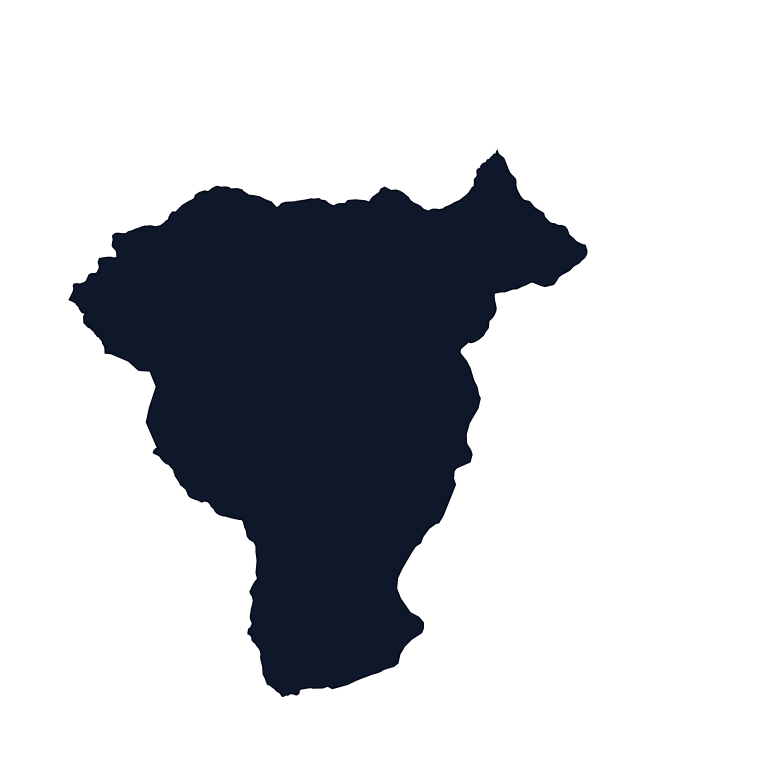 Botiza, Maramures, Romania (orthographic projection), rotated 243°
{"feature_id": "2599482B81010810269587", "entity_name": "Botiza", "entity_type": "district", "adm_level": 2, "iso_a3": "ROU", "parent_name": "Romania", "parent_adm1": "Maramures", "projection": "orthographic", "projection_center": [24.135, 47.644], "detail": "fine", "context": "isolated", "style": "filled", "palette": "ink", "viewbox_px": 768, "rotation_deg": 243, "n_neighbors": 0, "source": "geoboundaries", "source_scale": "gbopen_adm2", "svg_char_len": 6171}
<svg xmlns="http://www.w3.org/2000/svg" viewBox="0 0 768 768"><g transform="rotate(243 384 384)"><path d="M540.3,590.7L539.5,589.4L537.1,588.9L538.4,587.5L538.6,586.5L538.5,586.0L538.2,585.1L537.4,584.5L537.4,582.7L536.1,580.2L536.1,579.6L536.6,577.8L536.2,577.2L535.1,576.2L534.9,574.6L535.3,572.7L534.8,570.8L534.0,569.2L532.8,568.9L532.7,568.6L532.7,568.0L532.2,566.3L532.7,565.8L532.6,565.0L531.7,563.7L527.5,562.0L526.4,560.8L525.7,558.8L525.1,557.6L520.0,554.9L519.1,553.9L518.7,551.7L517.8,550.3L515.5,546.0L514.8,544.0L513.4,537.1L513.0,533.8L513.3,530.9L513.1,523.9L513.5,518.2L512.9,516.0L513.6,514.4L513.8,512.7L516.1,509.4L517.1,507.3L517.5,506.5L517.7,504.3L517.6,502.6L517.8,501.9L521.1,498.8L522.1,498.1L525.8,496.9L528.8,494.8L531.3,492.7L535.4,490.5L539.1,490.2L546.1,487.1L548.6,485.3L551.1,482.8L552.0,480.8L552.6,478.8L553.6,477.5L558.9,473.9L558.9,469.8L558.3,468.8L557.1,467.8L556.6,466.7L555.5,459.2L554.4,456.4L553.1,454.9L552.9,453.8L553.1,452.7L555.0,451.0L556.1,449.6L560.9,442.0L563.5,435.6L563.6,434.4L562.1,431.7L565.2,424.9L565.3,422.6L565.1,420.8L565.8,419.6L567.1,418.4L569.5,416.6L574.0,414.6L576.3,411.2L578.5,410.2L580.4,405.0L581.8,403.3L583.7,396.4L586.3,388.8L586.4,387.7L588.2,383.4L589.7,380.3L590.5,378.1L591.1,374.7L589.9,372.0L589.6,370.3L589.6,368.5L591.1,367.7L597.3,366.0L602.3,361.4L606.7,358.4L610.1,354.3L613.0,350.0L613.3,349.2L619.3,345.9L621.6,345.3L622.9,343.6L623.8,342.8L624.9,341.1L627.1,336.0L627.5,335.5L628.9,335.2L630.7,333.2L629.9,332.7L630.1,332.3L631.2,332.0L631.9,331.1L633.4,327.4L635.0,326.1L636.0,323.9L636.0,319.0L635.6,318.2L635.1,315.1L636.1,312.9L637.2,312.2L638.2,306.8L637.9,302.8L637.3,301.4L635.5,299.7L635.0,298.4L634.9,296.5L635.1,293.3L634.6,286.4L634.2,284.4L631.6,276.8L631.6,275.9L633.0,274.0L633.1,273.5L632.2,271.7L631.9,270.6L630.9,269.6L630.3,268.5L628.6,267.0L627.9,265.7L628.0,263.8L627.1,261.7L626.3,256.5L627.8,251.3L629.1,250.0L630.7,247.8L631.5,246.4L631.8,244.6L633.1,242.6L633.8,238.8L634.0,235.9L634.5,233.4L634.7,228.7L635.5,225.7L635.4,224.2L635.0,223.8L635.1,221.9L637.1,218.0L639.0,215.3L639.7,213.5L639.9,212.4L639.3,209.9L638.8,209.4L635.8,208.6L630.9,204.9L628.7,204.8L625.9,205.9L624.1,206.0L621.9,205.5L619.5,204.3L618.9,204.3L617.9,203.3L617.9,202.9L619.0,200.0L620.5,198.4L621.5,196.8L623.1,192.7L624.8,187.6L622.6,185.1L620.8,184.4L619.4,184.4L616.8,183.3L616.1,182.7L613.3,179.0L613.2,178.2L613.3,177.0L614.9,173.5L615.1,171.0L610.5,165.2L610.3,163.3L610.5,159.9L611.4,157.5L612.3,156.4L613.5,154.0L613.2,152.4L612.2,151.8L609.9,151.2L607.7,149.6L603.5,144.1L602.0,141.9L598.6,144.7L595.0,146.9L594.5,146.2L591.4,147.3L589.0,147.0L586.0,147.3L584.4,147.9L583.9,148.5L583.9,151.0L583.5,151.1L580.4,147.2L574.9,144.6L569.0,146.3L566.9,148.1L565.0,148.4L564.0,149.1L561.7,149.7L560.2,149.5L559.2,150.1L556.7,150.3L556.2,151.1L555.5,151.5L549.4,152.6L548.1,151.9L544.0,152.2L540.8,151.0L538.2,149.7L535.2,154.5L520.4,166.9L508.5,171.4L507.2,172.4L501.9,181.5L484.9,180.1L469.3,164.4L457.7,155.0L429.4,153.2L429.8,151.0L428.4,148.2L427.2,147.4L423.2,150.6L421.3,151.6L417.5,152.0L413.8,153.2L411.8,154.3L410.1,156.0L406.2,156.8L404.9,157.5L401.6,157.5L400.5,157.0L398.6,157.2L397.8,156.4L389.3,157.3L386.3,157.2L385.1,157.9L380.0,160.0L373.2,159.4L370.9,160.3L366.7,164.0L365.0,165.8L361.8,168.0L361.3,171.3L358.9,174.1L355.7,174.7L353.4,174.8L349.6,176.1L347.6,176.0L345.7,176.4L342.7,178.0L340.0,180.6L338.4,183.0L334.0,187.7L329.3,193.5L328.2,195.5L327.3,196.1L325.0,196.4L319.7,195.1L316.1,195.0L310.4,193.2L306.5,193.9L302.3,196.6L298.2,196.6L295.6,195.6L292.9,194.1L284.1,190.9L273.7,184.4L268.6,183.3L267.2,182.3L266.7,180.6L265.5,178.3L263.0,174.5L261.2,172.5L260.0,170.6L259.0,170.2L256.7,170.1L254.5,170.6L249.6,169.1L248.5,167.9L247.1,167.1L244.1,164.2L237.9,159.8L235.2,158.6L230.5,158.2L228.2,155.9L227.1,153.8L227.0,152.2L224.0,150.0L222.9,149.6L222.3,150.5L220.2,151.3L218.1,151.3L215.8,150.3L212.6,151.1L211.3,152.0L209.2,151.9L205.5,152.8L202.2,152.8L199.5,152.1L195.6,149.8L189.3,148.2L187.4,147.9L180.1,144.7L176.3,144.8L169.4,144.0L167.3,146.0L165.3,146.7L161.8,148.5L159.8,148.9L155.7,151.3L152.3,151.6L151.6,152.2L151.7,155.2L151.3,156.1L150.5,157.1L150.9,159.7L150.8,160.6L149.9,161.1L149.9,161.6L149.5,162.3L147.1,164.5L146.7,165.5L146.9,166.6L147.4,167.7L147.9,168.3L149.3,168.9L150.0,169.9L150.0,171.5L149.6,173.1L147.1,180.6L146.4,181.7L145.5,182.5L141.1,191.6L140.5,196.8L136.2,199.7L133.0,215.3L132.9,223.7L132.3,230.6L131.0,242.0L130.0,246.6L129.6,250.5L130.0,252.7L129.9,254.4L129.5,257.4L128.1,264.5L129.2,269.7L136.0,275.2L141.2,283.3L144.2,292.5L145.5,304.6L148.4,307.9L153.3,310.6L160.3,309.0L168.3,303.4L185.3,301.1L196.1,302.2L205.2,307.9L211.6,316.2L221.8,332.1L225.3,338.3L226.0,344.4L230.4,349.2L235.0,358.3L236.4,366.9L235.6,369.7L240.3,377.1L262.0,401.9L268.3,402.8L275.0,407.0L276.5,410.7L275.6,425.2L281.3,430.3L285.7,431.0L293.3,430.3L301.8,434.1L310.6,442.1L320.0,456.7L327.6,463.1L331.7,463.2L338.7,465.3L346.4,465.4L359.1,467.7L367.2,467.6L375.9,465.8L378.1,466.0L380.8,468.2L383.5,479.5L382.0,479.5L381.4,480.8L381.0,482.2L380.8,485.7L381.1,489.3L382.4,494.6L384.5,497.6L386.4,501.5L387.1,502.6L392.2,505.6L393.0,506.7L394.0,510.2L395.0,512.2L396.3,514.2L398.6,516.8L401.1,518.4L402.2,518.5L403.6,519.1L407.5,520.0L411.9,521.6L414.8,523.3L414.8,524.3L413.4,529.3L411.3,534.1L410.6,540.3L410.1,542.6L409.0,544.8L408.7,546.3L408.6,552.1L408.2,554.9L408.2,561.2L407.7,562.4L406.7,563.6L400.6,568.8L397.9,571.8L396.0,579.8L396.2,581.2L397.5,583.6L400.3,588.1L401.0,592.0L401.1,599.0L401.4,601.3L403.1,606.2L403.4,608.7L403.3,611.1L403.5,612.9L404.6,615.7L405.7,620.1L406.9,622.0L408.5,623.9L410.9,625.2L416.3,626.1L418.2,623.7L421.7,621.0L424.3,619.5L427.4,618.7L432.8,616.4L438.3,617.2L441.8,616.6L444.5,614.1L445.3,612.3L446.4,610.7L449.1,608.7L450.6,606.4L452.6,604.8L459.3,602.8L460.2,602.7L463.3,603.5L464.1,603.3L470.4,599.2L471.6,598.8L472.5,598.0L479.8,596.5L480.8,595.9L483.3,592.8L484.3,591.9L485.7,591.3L489.8,590.5L497.4,590.5L501.2,591.5L504.6,593.4L507.1,594.0L514.5,591.8L516.0,591.7L530.4,593.0L531.5,592.7L535.6,590.7L538.2,590.3L540.3,590.7Z" fill="#0f172a" stroke="#020617" stroke-width="1.5"/></g></svg>